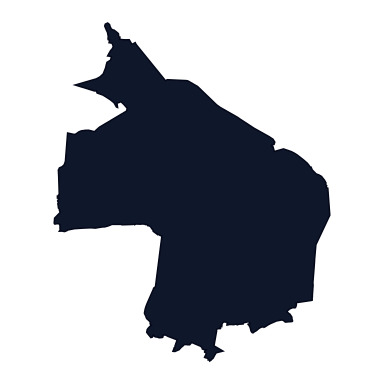 outline of Cuitzeo, Michoacán, Mexico
{"feature_id": "50627088B4770354561434", "entity_name": "Cuitzeo", "entity_type": "district", "adm_level": 2, "iso_a3": "MEX", "parent_name": "Mexico", "parent_adm1": "Michoacán", "projection": "orthographic", "projection_center": [-101.122, 19.987], "detail": "fine", "context": "isolated", "style": "filled", "palette": "ink", "viewbox_px": 384, "rotation_deg": 0, "n_neighbors": 0, "source": "geoboundaries", "source_scale": "gbopen_adm2", "svg_char_len": 5787}
<svg xmlns="http://www.w3.org/2000/svg" viewBox="0 0 384 384"><path d="M75.1,85.0L94.6,91.0L96.5,90.9L97.0,92.8L97.1,93.0L103.0,95.1L110.4,99.8L113.7,102.5L114.3,103.2L116.4,107.0L117.6,107.5L117.0,103.3L116.9,103.1L119.2,102.5L120.4,101.8L121.5,102.2L124.0,104.6L127.2,108.3L126.6,111.0L99.4,127.2L95.9,130.3L95.2,131.3L93.9,131.5L92.2,131.1L90.2,130.6L88.5,130.2L86.6,130.3L85.2,130.3L84.1,130.5L82.2,130.7L80.9,131.0L78.6,132.0L76.9,133.3L75.1,134.4L73.5,134.3L67.6,133.0L65.4,161.3L64.5,163.9L63.9,165.1L62.1,166.7L59.4,167.9L58.3,170.2L58.4,171.0L58.7,177.0L59.2,193.3L59.2,194.7L58.9,194.7L58.8,195.4L58.3,195.4L58.2,196.2L57.4,196.1L57.4,198.1L59.1,198.4L57.6,200.9L58.5,203.1L58.3,203.4L58.2,203.6L57.8,203.8L58.2,205.7L58.4,208.0L59.2,208.7L59.5,210.7L60.3,212.3L54.6,218.1L54.2,223.1L54.5,223.9L55.1,224.1L55.8,223.8L56.3,223.8L57.6,223.7L57.9,223.7L58.7,223.8L59.3,224.0L59.6,224.8L59.8,224.9L60.0,225.3L60.0,228.6L60.2,229.2L60.2,229.6L59.3,231.2L61.6,231.1L62.8,231.2L64.3,231.6L65.6,231.2L67.2,230.5L67.4,230.1L74.3,228.7L76.0,228.6L83.4,228.1L90.7,227.8L95.5,228.1L98.9,227.5L101.5,227.1L102.9,226.9L104.6,226.9L107.6,226.1L109.6,225.4L111.8,224.4L121.0,224.4L122.0,224.8L132.1,224.5L134.0,224.2L134.2,224.4L134.8,224.3L134.8,224.6L135.7,224.2L136.5,224.0L137.6,224.1L140.5,224.2L142.2,224.0L145.1,224.2L145.2,224.5L145.4,224.6L146.0,224.5L146.3,224.5L146.6,224.7L147.2,224.7L147.6,225.0L147.7,225.6L147.8,225.6L148.2,225.4L148.4,225.4L148.5,225.5L148.7,225.8L149.9,226.2L151.0,227.3L151.5,228.3L151.7,228.6L152.1,229.0L153.3,230.3L153.1,230.6L153.0,230.8L153.0,231.0L153.6,231.6L157.2,234.3L157.2,234.0L157.7,234.5L158.1,234.6L158.3,234.6L158.7,234.7L159.0,234.7L159.4,234.9L159.6,234.9L159.6,235.2L160.4,235.6L161.6,236.0L161.9,236.0L155.5,286.3L155.0,287.5L154.6,287.4L153.8,288.0L153.5,288.5L153.7,288.8L153.2,289.6L146.8,304.2L145.6,307.5L145.5,308.2L145.3,308.5L144.5,312.5L144.5,313.5L146.0,316.7L146.0,317.0L146.7,318.6L148.9,320.6L150.1,321.9L150.3,322.5L150.1,323.7L150.6,324.7L151.4,325.3L150.0,326.3L148.6,327.7L147.6,329.0L147.2,329.6L147.0,330.7L146.7,332.3L147.8,333.8L150.9,337.6L151.4,337.4L152.2,337.2L152.5,336.9L153.1,335.5L153.1,335.2L153.3,335.0L154.1,336.1L155.3,336.9L156.7,337.0L159.3,337.8L162.3,337.5L162.9,337.0L163.2,335.1L165.4,335.0L168.3,336.5L177.2,339.9L175.7,343.9L175.6,344.8L175.4,344.9L175.1,345.5L175.1,346.1L174.8,347.3L174.8,347.5L174.9,347.9L174.1,347.9L173.8,349.1L172.9,351.3L174.9,351.5L179.1,349.7L180.2,348.4L181.6,347.0L183.0,345.9L184.1,344.8L184.6,344.5L185.9,344.6L186.8,344.6L187.7,344.8L188.7,344.8L189.7,344.8L191.7,342.5L200.7,346.3L202.0,347.6L202.3,349.0L203.4,349.4L204.0,349.7L205.3,349.9L206.0,350.0L205.4,350.4L204.6,351.6L204.6,352.2L205.3,352.5L206.2,353.2L206.2,353.9L204.5,357.3L205.3,357.7L206.0,357.9L206.6,358.0L207.3,358.2L207.9,358.7L208.5,359.5L208.2,359.9L208.9,360.1L209.1,359.9L209.4,360.1L209.6,361.0L210.9,360.3L210.9,360.1L213.1,358.2L214.8,355.0L216.2,352.8L223.0,351.1L214.0,345.8L216.6,331.1L216.5,330.8L216.6,329.4L217.0,329.1L217.7,328.8L219.1,328.6L220.1,328.7L220.5,328.5L220.4,328.0L219.9,327.8L220.0,327.5L220.3,327.1L221.3,326.8L221.0,326.6L220.8,326.3L220.9,325.9L221.2,325.5L221.9,325.5L221.9,325.2L222.0,324.4L222.1,323.6L222.5,323.2L223.2,322.3L224.1,321.9L224.8,322.0L225.1,322.1L225.5,322.1L226.0,321.9L226.7,322.1L227.0,322.9L227.4,322.8L227.7,323.0L227.7,323.4L227.5,323.7L227.1,323.9L227.1,324.3L227.2,324.7L226.9,324.9L226.9,325.1L228.2,324.9L228.8,324.6L229.9,324.6L231.3,324.5L233.5,324.7L234.6,324.5L235.6,324.1L236.3,324.3L236.9,324.7L237.7,324.8L237.9,324.3L243.0,324.0L242.9,323.6L243.3,323.2L243.9,322.8L246.5,322.2L247.2,321.9L248.6,321.9L249.8,322.6L249.9,323.4L249.7,323.7L249.0,323.9L248.3,324.0L248.0,324.2L248.3,324.7L249.1,325.5L250.2,327.7L250.9,330.7L251.5,331.9L252.3,332.7L253.0,332.8L253.6,332.6L254.3,331.7L255.6,331.2L257.3,329.9L258.5,328.8L259.6,328.0L260.6,327.5L261.8,327.0L263.8,326.9L264.0,327.3L265.3,326.7L268.5,324.6L271.1,323.3L275.3,321.5L275.8,321.2L276.0,321.1L278.9,320.5L281.7,320.0L282.4,320.1L283.2,320.4L284.3,321.2L284.6,321.6L285.5,322.1L286.9,322.0L288.4,321.8L290.8,321.7L292.2,321.5L292.5,321.2L292.5,320.5L292.1,319.5L291.9,318.2L291.9,317.1L289.9,314.1L288.9,313.5L288.1,312.7L287.3,312.1L287.1,312.0L287.1,311.6L287.5,310.9L288.3,310.1L288.9,309.7L289.0,309.3L292.6,307.7L294.9,307.8L295.5,307.6L295.6,307.3L295.7,306.7L296.1,306.1L296.3,305.3L296.4,304.6L296.2,303.0L296.5,302.8L297.5,302.5L311.0,300.5L312.2,300.2L312.2,296.5L312.4,296.5L312.4,295.1L313.0,286.6L313.1,285.6L312.9,282.5L313.4,276.4L313.8,271.5L314.5,262.2L314.6,259.6L315.9,244.7L329.8,215.2L327.8,188.1L326.1,187.6L326.7,185.6L325.5,184.4L326.0,183.0L324.5,180.2L321.5,176.4L319.1,175.0L316.1,173.9L314.6,172.3L312.2,169.9L311.1,167.1L310.2,167.0L308.5,164.7L307.3,163.2L303.5,159.9L297.1,154.9L294.4,153.2L291.3,151.6L283.5,148.9L274.3,151.5L273.0,146.7L271.5,145.9L271.9,145.1L274.0,144.5L274.8,142.1L273.0,139.2L269.2,136.7L254.0,128.2L240.1,119.1L237.7,117.4L220.2,107.4L216.7,104.9L197.6,86.5L187.9,80.9L186.5,80.6L167.2,79.7L165.6,80.8L141.9,51.6L136.1,44.4L135.2,42.6L132.0,44.4L129.2,39.7L126.0,39.8L122.7,39.7L120.4,39.3L119.7,39.3L119.9,37.2L119.3,37.3L118.6,35.7L118.5,33.9L118.0,33.2L114.2,30.2L113.9,30.0L113.3,30.1L113.0,30.0L112.9,29.9L111.2,28.9L110.5,27.2L110.2,26.8L109.9,26.0L109.9,25.6L109.8,25.4L109.8,25.1L109.5,24.5L107.7,23.0L105.3,24.1L104.7,26.0L105.5,28.1L106.1,29.4L106.3,30.0L107.5,32.4L108.3,37.0L108.1,37.4L108.0,39.1L108.3,39.8L109.7,40.0L109.0,42.7L112.1,43.2L113.3,46.7L112.0,49.1L110.5,50.7L110.5,50.9L109.8,52.0L108.7,53.9L107.6,56.0L109.0,56.1L109.8,56.3L110.8,56.6L111.5,56.8L110.5,60.2L107.0,62.3L106.2,65.1L105.7,67.6L103.2,73.9L99.8,77.0L96.2,78.9L75.1,85.0Z" fill="#0f172a" stroke="#020617" stroke-width="1.5"/></svg>